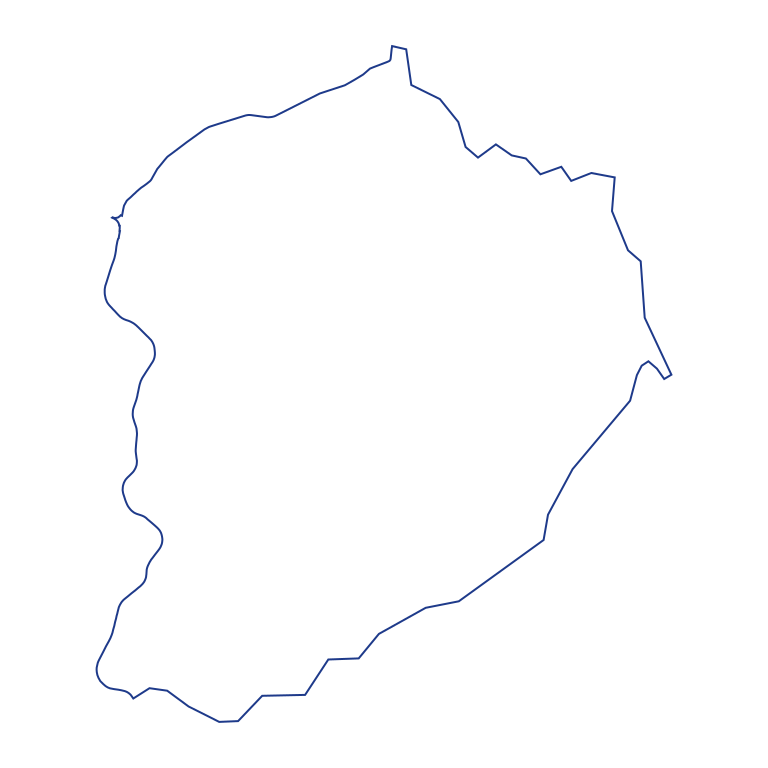 outline of Cerro Chato, Treinta y Tres, Uruguay
{"feature_id": "84410073B20203965418101", "entity_name": "Cerro Chato", "entity_type": "district", "adm_level": 2, "iso_a3": "URY", "parent_name": "Uruguay", "parent_adm1": "Treinta y Tres", "projection": "natural_earth1", "projection_center": [-55.112, -33.151], "detail": "fine", "context": "isolated", "style": "outline", "palette": "blue", "viewbox_px": 768, "rotation_deg": 0, "n_neighbors": 0, "source": "geoboundaries", "source_scale": "gbopen_adm2", "svg_char_len": 5117}
<svg xmlns="http://www.w3.org/2000/svg" viewBox="0 0 768 768"><path d="M392.1,46.1L391.6,49.5L390.7,58.2L390.4,59.7L389.5,60.9L387.6,61.8L374.5,66.8L373.7,67.1L370.0,68.6L363.2,74.5L354.5,79.8L344.8,85.3L328.3,90.7L319.8,93.5L275.4,115.9L274.1,116.4L273.0,116.7L272.1,116.9L270.7,117.1L269.4,117.2L268.2,117.3L266.8,117.2L251.1,115.1L249.6,115.0L248.5,115.0L246.9,115.2L245.5,115.5L218.7,123.8L210.0,126.6L208.7,127.1L205.8,128.7L205.0,129.1L204.2,129.6L203.1,130.4L186.6,142.3L183.2,144.9L171.4,153.8L168.0,156.3L167.0,157.2L165.9,158.5L164.7,159.9L159.1,166.8L157.3,168.9L155.9,171.4L153.3,176.0L152.4,177.6L151.6,179.1L151.0,180.0L150.5,180.6L149.8,181.3L146.7,183.8L143.7,186.0L141.6,187.4L140.9,187.9L140.1,188.6L139.0,189.5L138.0,190.4L136.6,191.6L135.2,193.0L133.5,194.5L130.7,197.2L127.8,199.7L127.2,200.3L127.0,200.5L126.7,200.8L124.1,205.5L123.9,206.2L123.2,209.4L122.6,212.6L122.0,215.8L121.5,215.6L121.0,215.3L120.7,215.2L120.2,215.8L119.7,216.3L119.1,216.7L118.3,217.3L117.9,217.5L116.2,217.9L115.3,218.0L114.9,218.0L114.2,217.9L113.3,217.6L112.8,217.4L112.6,217.3L112.1,217.7L112.3,217.8L113.2,218.2L114.0,218.5L114.7,219.0L115.5,219.5L116.2,220.0L117.0,220.8L117.5,221.4L117.9,222.0L118.5,223.0L118.9,224.0L119.1,224.9L119.1,225.6L119.8,225.7L119.7,228.6L119.5,231.2L119.9,231.2L119.0,236.0L118.7,238.3L118.2,238.6L117.4,241.2L116.4,246.5L115.9,250.8L115.3,254.3L114.9,256.1L114.4,258.2L113.6,260.6L111.9,265.2L110.2,270.3L108.2,276.8L106.8,281.3L105.8,284.4L105.3,285.8L105.1,287.0L104.9,288.0L104.7,289.6L104.7,291.0L104.7,292.7L104.8,294.3L105.1,296.0L105.4,297.4L105.5,297.8L105.7,298.8L106.2,300.0L106.7,301.3L107.2,302.4L108.0,303.6L108.8,304.7L109.6,305.6L110.4,306.5L111.5,307.6L113.0,309.3L114.7,311.0L116.5,313.0L118.0,314.6L119.0,315.6L119.6,316.2L120.3,316.9L121.1,317.4L121.8,318.0L122.9,318.6L124.0,319.2L124.8,319.5L126.0,320.0L128.5,320.8L130.2,321.5L131.2,322.0L132.1,322.5L133.2,323.1L134.4,323.9L135.5,324.8L136.4,325.5L137.3,326.4L138.3,327.3L139.8,328.8L142.4,331.4L145.4,334.4L146.7,335.7L148.5,337.4L149.5,338.5L150.3,339.3L151.1,340.1L151.6,340.9L152.1,341.6L152.6,342.5L153.0,343.3L153.5,344.4L153.9,345.6L154.2,346.7L154.4,347.8L154.7,350.4L154.9,352.8L154.9,353.8L154.9,354.8L154.7,356.0L154.5,357.3L154.1,358.6L153.6,360.0L152.9,361.4L152.1,362.7L151.2,364.0L150.3,365.5L147.8,369.3L146.1,371.9L144.4,374.6L143.1,376.6L142.5,377.6L142.0,378.4L141.5,379.6L140.9,380.7L140.3,382.5L139.8,384.1L139.5,385.2L139.2,386.6L138.7,389.0L138.2,391.5L137.6,394.2L137.3,396.0L136.8,398.0L136.3,399.9L135.5,402.2L134.7,404.5L134.0,406.5L133.5,408.0L133.1,409.5L132.9,410.9L132.8,412.5L132.7,414.1L132.8,415.9L133.1,417.7L133.7,419.7L134.5,422.4L135.7,425.8L136.2,427.4L136.5,428.6L136.7,430.3L136.9,432.3L137.0,433.6L136.9,435.8L136.7,437.6L136.5,440.2L136.3,442.0L136.1,444.3L135.9,447.1L135.7,449.8L135.7,451.4L135.9,453.3L136.2,455.6L136.5,458.0L136.7,459.3L136.9,460.4L136.9,461.8L136.8,463.3L136.6,465.0L136.0,466.8L135.4,468.3L134.5,469.9L133.7,471.2L132.7,472.4L131.5,473.6L129.5,475.6L127.5,477.5L126.6,478.5L125.8,479.4L125.2,480.3L124.6,481.4L123.9,482.8L123.4,484.4L123.0,485.8L122.8,487.2L122.7,488.9L122.6,490.0L122.8,491.3L123.0,492.6L123.3,493.9L123.6,494.8L124.2,496.6L125.3,500.1L126.1,502.2L127.0,504.3L127.8,505.9L128.8,507.4L130.2,509.2L131.5,510.6L132.6,511.5L133.9,512.5L135.4,513.3L136.8,513.9L139.6,514.8L141.1,515.3L142.2,515.7L143.3,516.2L144.3,516.7L145.2,517.3L146.3,518.1L147.5,519.3L149.8,521.2L151.8,522.9L154.8,525.5L156.9,527.4L158.0,528.5L158.8,529.4L159.7,530.5L160.4,531.7L161.1,533.1L161.6,534.7L162.0,536.3L162.2,537.7L162.4,539.2L162.3,540.9L162.1,542.5L161.8,543.9L161.2,545.5L160.4,547.3L159.4,548.9L158.0,550.8L156.2,553.1L154.8,554.9L152.4,558.1L151.2,559.6L150.3,561.1L149.5,562.4L148.9,563.7L148.0,565.5L147.4,567.0L147.0,568.3L146.7,569.7L146.6,571.3L146.4,574.3L146.2,575.7L146.1,576.8L145.9,577.7L145.5,578.9L145.0,580.1L144.3,581.6L143.3,583.0L142.5,584.0L141.4,585.1L140.3,586.2L138.5,587.6L135.7,590.0L131.5,593.3L127.8,596.4L125.3,598.4L123.5,599.9L122.7,600.8L121.9,601.7L121.2,602.7L120.6,603.7L119.9,604.9L119.4,606.0L118.8,607.3L118.5,608.6L118.1,610.1L117.7,611.7L117.3,613.5L116.6,615.9L116.1,618.4L115.1,622.0L114.3,625.8L113.2,629.6L112.5,632.6L111.6,635.2L111.0,636.6L110.6,637.7L108.9,641.1L106.0,646.3L103.5,651.3L100.4,657.3L98.8,660.4L97.8,662.7L97.2,665.3L96.7,667.6L96.6,669.6L96.8,672.2L97.4,675.1L98.5,677.9L100.3,681.1L103.3,684.1L105.6,686.1L107.7,687.4L109.9,688.3L114.0,689.1L118.3,689.7L121.5,690.3L124.8,691.1L126.8,691.9L128.6,693.0L130.5,694.6L131.7,696.2L133.3,698.5L149.5,688.2L167.2,690.7L188.6,706.5L219.2,721.9L238.1,721.1L262.2,695.8L305.1,694.9L328.3,659.5L358.7,658.4L378.9,633.9L425.7,607.8L458.8,601.3L543.6,540.0L548.0,514.7L572.6,469.1L630.1,400.7L636.9,375.1L641.7,365.7L648.4,361.3L656.9,368.6L664.2,379.0L671.4,374.7L644.7,317.7L640.7,261.3L628.0,250.3L612.0,211.1L614.7,177.4L591.3,173.0L571.2,180.9L561.3,166.8L540.4,174.3L525.9,158.5L511.7,155.4L495.9,144.4L478.0,157.6L465.6,147.0L458.3,122.0L439.9,99.1L411.3,85.0L406.2,49.3L392.1,46.1Z" fill="none" stroke="#1e3a8a" stroke-width="2"/></svg>